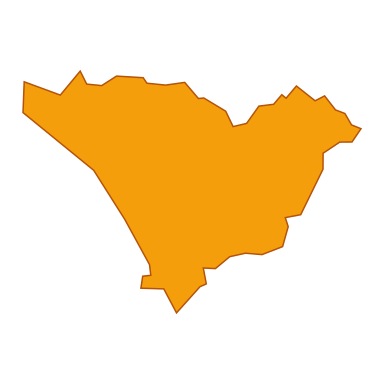 outline of Taylor, Kentucky, United States of America
{"feature_id": "52423323B50418861880933", "entity_name": "Taylor", "entity_type": "district", "adm_level": 2, "iso_a3": "USA", "parent_name": "United States of America", "parent_adm1": "Kentucky", "projection": "orthographic", "projection_center": [-85.294, 37.338], "detail": "fine", "context": "isolated", "style": "filled", "palette": "amber", "viewbox_px": 384, "rotation_deg": 0, "n_neighbors": 0, "source": "geoboundaries", "source_scale": "gbopen_adm2", "svg_char_len": 721}
<svg xmlns="http://www.w3.org/2000/svg" viewBox="0 0 384 384"><path d="M101.7,85.6L86.7,84.1L80.2,71.1L60.3,95.1L24.2,81.8L23.0,112.6L93.7,170.3L124.6,219.1L149.5,264.6L150.8,275.3L142.7,276.2L140.9,288.2L163.8,288.9L176.5,312.9L200.0,286.7L206.3,283.9L203.3,268.0L215.4,268.6L229.7,256.7L245.5,253.2L262.0,254.6L282.6,246.6L288.2,226.7L285.3,217.6L300.7,214.7L323.0,169.2L323.1,153.2L339.7,142.1L352.0,142.0L361.0,128.7L351.5,124.9L344.9,113.5L335.5,109.9L324.6,95.9L315.1,100.8L296.4,86.0L286.1,98.2L281.8,94.7L273.6,104.3L258.9,106.1L246.6,123.4L233.1,126.6L225.7,111.2L203.8,98.0L198.4,98.5L184.7,82.4L165.6,85.1L146.9,83.2L143.2,77.7L116.5,76.1L101.7,85.6Z" fill="#f59e0b" stroke="#b45309" stroke-width="1.5"/></svg>